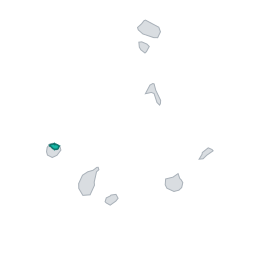 Sao Lourenco, São Filipe, Cabo Verde shown in context, rotated 56°
{"feature_id": "66160863B41356087556588", "entity_name": "Sao Lourenco", "entity_type": "district", "adm_level": 2, "iso_a3": "CPV", "parent_name": "Cabo Verde", "parent_adm1": "São Filipe", "projection": "robinson", "projection_center": [-24.437, 14.978], "detail": "fine", "context": "in_parent", "style": "filled", "palette": "teal", "viewbox_px": 256, "rotation_deg": 56, "n_neighbors": 0, "source": "geoboundaries", "source_scale": "gbopen_adm2", "svg_char_len": 2684}
<svg xmlns="http://www.w3.org/2000/svg" viewBox="0 0 256 256"><g transform="rotate(56 128 128)"><path d="M162.2,196.8L158.6,203.1L150.6,202.6L146.5,200.0L141.7,192.1L141.8,185.9L143.5,180.6L143.2,175.9L143.9,174.7L146.3,175.5L146.7,178.6L154.0,186.3L156.7,187.8L162.2,196.8ZM58.3,63.1L52.4,64.6L50.0,63.9L49.2,58.4L48.0,54.8L48.3,53.2L61.7,46.1L66.4,47.3L69.7,52.9L67.5,56.1L58.3,63.1ZM193.8,112.0L198.8,113.3L200.7,112.9L203.9,113.1L207.4,116.8L208.0,120.6L206.3,125.4L199.7,129.4L195.9,128.9L191.3,125.3L193.9,118.2L193.8,112.0ZM110.1,207.3L105.4,209.9L102.1,208.8L99.0,206.0L97.5,202.1L98.7,198.7L105.1,194.7L108.8,196.0L110.9,202.2L110.1,207.3ZM123.4,85.5L125.9,87.5L126.7,89.0L123.0,89.7L114.0,87.1L111.6,88.7L109.3,94.4L104.7,85.8L105.0,82.6L106.0,81.7L112.3,83.9L123.4,85.5ZM178.0,187.9L176.3,188.2L173.8,185.1L174.4,180.8L174.1,179.6L176.3,175.1L180.7,175.5L181.8,178.9L182.0,185.9L178.0,187.9ZM75.3,72.0L70.4,73.6L67.3,73.4L62.9,71.0L64.3,68.4L69.0,65.4L72.3,64.8L75.0,70.0L75.3,72.0ZM195.5,83.0L193.6,86.5L191.2,81.3L189.9,80.1L189.3,72.6L192.8,70.4L194.5,70.2L194.6,77.9L195.5,83.0Z" fill="#d9dde1" stroke="#a8b0b8" stroke-width="1"/><path d="M105.0,201.0L105.0,200.8L105.0,200.7L105.0,200.4L105.0,200.2L105.1,199.9L105.2,199.7L105.3,199.6L105.4,199.4L105.5,199.3L105.5,199.2L105.7,198.9L105.8,198.9L105.8,198.7L106.0,198.3L106.1,198.2L106.1,197.9L105.9,197.5L105.9,197.4L105.7,197.1L105.6,196.9L105.4,196.7L105.2,196.5L105.2,196.4L105.1,196.2L105.0,195.9L104.9,195.9L104.8,195.7L104.7,195.5L104.7,195.4L104.6,195.2L104.5,195.4L104.3,195.4L104.3,195.5L104.1,195.5L103.9,195.6L103.7,195.7L103.3,195.6L103.2,195.6L102.9,195.8L102.7,195.8L102.6,196.0L102.4,196.1L102.3,196.3L102.1,196.4L101.8,196.5L101.7,196.5L101.7,196.4L101.7,196.5L101.4,196.7L101.5,196.7L101.4,196.7L101.5,196.7L101.4,196.7L101.4,196.8L101.3,197.0L101.2,197.0L100.9,197.3L100.8,197.5L100.6,197.6L100.4,197.6L100.4,197.8L100.2,197.8L100.3,197.9L100.2,197.9L100.1,198.1L99.9,198.2L99.9,198.3L99.9,198.5L99.7,198.6L99.5,198.8L99.4,198.8L99.4,199.0L99.2,199.1L99.3,199.1L99.3,199.3L99.3,199.5L99.2,199.7L99.2,199.8L99.1,200.2L99.0,200.3L98.9,200.4L98.9,200.5L98.8,200.8L98.7,200.8L98.6,201.0L98.5,201.3L98.5,201.5L98.5,201.8L98.5,202.0L98.5,202.3L98.4,202.5L98.5,202.5L98.6,202.4L98.8,202.4L98.9,202.5L98.9,202.4L99.0,202.4L99.3,202.3L99.5,202.3L99.8,202.4L100.0,202.4L100.3,202.4L100.5,202.3L100.8,202.2L101.0,202.1L101.3,202.1L101.5,202.1L101.8,202.0L102.0,202.0L102.0,201.9L102.3,201.9L102.5,201.9L102.8,201.7L103.0,201.7L103.3,201.5L103.4,201.4L103.5,201.5L103.6,201.4L103.8,201.3L104.0,201.2L104.3,201.1L104.5,201.1L104.8,201.1L105.0,201.0Z" fill="#14b8a6" stroke="#0f766e" stroke-width="1.5"/></g></svg>